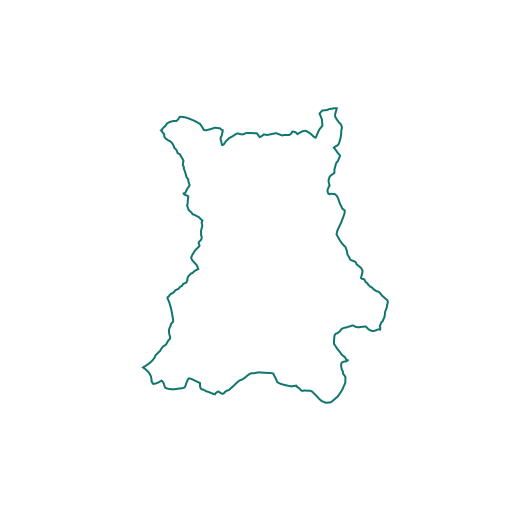 outline of Naro, Thimphu, Bhutan, rotated 132°
{"feature_id": "84629894B37103530921458", "entity_name": "Naro", "entity_type": "district", "adm_level": 2, "iso_a3": "BTN", "parent_name": "Bhutan", "parent_adm1": "Thimphu", "projection": "orthographic", "projection_center": [89.526, 27.679], "detail": "fine", "context": "isolated", "style": "outline", "palette": "teal", "viewbox_px": 512, "rotation_deg": 132, "n_neighbors": 0, "source": "geoboundaries", "source_scale": "gbopen_adm2", "svg_char_len": 6158}
<svg xmlns="http://www.w3.org/2000/svg" viewBox="0 0 512 512"><g transform="rotate(132 256 256)"><path d="M226.2,410.6L226.2,409.3L226.8,407.8L226.8,406.5L227.2,405.4L228.3,404.5L228.9,403.2L229.2,401.7L228.7,398.2L228.2,396.6L228.1,394.7L228.6,392.7L229.5,390.2L230.4,389.0L230.3,387.3L230.6,385.7L231.3,384.2L231.9,383.5L231.9,382.9L231.4,380.6L233.6,373.8L237.3,371.4L238.4,368.8L239.5,368.0L240.3,366.2L241.7,363.7L243.9,360.4L244.4,357.7L245.9,356.0L247.8,352.7L248.5,352.5L252.2,352.0L254.6,351.4L255.6,351.0L256.4,350.9L256.9,351.0L257.9,351.6L258.3,350.4L258.1,349.8L257.7,348.8L257.1,347.2L257.0,346.2L259.9,344.2L263.2,341.6L264.6,341.1L265.4,339.4L266.9,336.8L266.9,335.5L266.9,332.9L267.4,330.9L266.7,329.7L265.9,326.3L265.3,324.2L265.6,321.7L265.5,319.5L267.7,318.7L267.9,318.2L269.1,316.6L270.1,315.7L271.4,315.1L274.6,313.4L275.8,312.0L277.2,310.9L278.1,309.1L280.0,307.8L280.6,307.7L284.0,307.7L285.1,307.0L285.6,305.6L286.6,304.6L287.2,304.7L292.0,305.0L294.2,304.8L298.1,304.0L300.6,303.1L301.4,301.7L301.9,300.1L302.0,298.6L302.3,296.3L302.3,294.6L303.2,292.3L304.4,290.2L305.4,290.7L308.0,291.5L309.6,291.8L310.8,291.7L312.6,292.6L314.9,292.7L316.5,292.7L319.0,291.8L319.7,290.9L321.9,290.1L322.9,290.2L325.5,291.5L327.5,291.0L329.6,291.7L332.8,291.7L333.6,292.3L335.2,292.9L339.1,293.0L341.0,293.9L342.9,294.0L344.5,293.8L345.8,294.1L346.6,293.5L348.5,289.4L349.6,287.7L351.1,285.2L353.3,282.0L356.0,278.5L357.3,277.0L359.0,274.6L361.0,273.5L362.0,273.8L363.9,273.5L364.6,273.0L368.5,271.6L370.2,270.3L371.9,268.5L373.5,265.8L374.4,264.8L375.7,264.5L377.1,264.7L379.9,264.1L381.9,263.6L383.2,263.8L385.0,264.5L387.6,264.4L390.8,263.8L392.9,264.0L397.1,264.2L398.8,263.5L399.7,263.3L403.3,263.1L406.4,263.4L409.1,263.9L412.2,264.7L414.4,265.4L414.1,261.8L414.2,258.6L414.4,257.2L415.8,253.4L417.5,251.3L419.0,249.8L419.2,248.9L419.8,247.6L419.8,246.6L419.1,246.3L417.9,245.2L415.3,243.9L412.0,242.9L411.7,242.0L412.4,239.3L414.1,236.5L414.6,235.3L413.9,233.3L413.3,232.1L410.9,228.7L409.6,227.6L408.3,226.3L406.3,224.8L405.0,223.5L403.4,222.2L401.4,221.1L399.5,221.6L397.5,222.6L393.6,223.9L392.0,224.1L391.4,223.4L390.3,220.9L389.6,218.4L387.9,212.6L389.7,211.0L390.5,210.1L391.3,208.7L391.5,207.7L391.5,207.0L390.7,206.1L390.4,205.2L389.9,202.7L388.3,199.1L388.0,197.7L387.1,196.0L387.0,195.1L386.2,194.0L385.8,194.2L383.8,194.1L381.9,193.4L381.5,190.8L381.1,189.1L380.4,188.3L379.8,188.1L377.1,188.0L376.2,187.8L374.6,186.9L373.3,186.4L366.9,185.7L363.0,185.5L359.8,185.0L356.7,183.5L354.0,182.8L351.1,182.5L347.9,181.8L346.1,180.9L344.6,179.1L341.0,176.5L335.9,170.1L333.1,166.8L331.8,164.5L333.0,161.7L334.7,157.3L335.4,156.3L335.3,154.7L334.5,152.1L333.3,149.6L330.8,145.0L329.1,142.3L326.1,139.9L325.5,139.6L325.4,139.2L325.8,138.5L325.4,134.3L325.7,132.6L325.1,131.1L323.5,130.1L322.5,128.6L320.7,126.6L319.5,124.8L319.2,123.5L319.6,116.3L319.9,113.5L319.8,109.9L318.3,105.8L314.5,102.4L305.4,101.2L297.7,102.4L290.5,104.8L286.2,108.4L285.6,110.3L285.1,112.9L283.7,114.1L283.4,115.1L282.8,116.5L281.8,117.9L280.5,119.4L279.8,120.1L278.2,120.9L276.6,120.6L274.4,119.0L273.8,118.3L272.1,118.1L272.4,119.3L272.4,120.2L272.1,121.2L271.6,122.4L271.8,123.5L272.0,125.2L271.9,126.6L271.6,127.9L271.3,128.9L270.6,133.6L269.1,139.2L266.7,141.4L264.6,143.0L263.5,143.8L261.9,144.7L260.4,144.7L258.9,143.8L257.4,143.6L255.8,143.3L254.8,143.5L252.9,143.5L251.1,142.8L249.6,141.9L248.6,141.0L246.6,140.0L245.7,139.2L243.9,138.4L243.0,137.8L242.7,137.4L242.0,134.6L240.6,132.3L237.4,129.6L235.0,127.3L235.0,125.9L235.2,123.1L235.1,122.5L234.8,121.8L234.4,120.4L233.7,119.0L232.2,117.8L229.2,116.3L227.9,115.3L227.6,114.6L226.3,115.5L225.1,117.2L224.3,117.4L223.3,117.7L221.3,118.5L219.7,118.2L217.1,119.2L215.1,119.8L211.1,122.7L206.8,124.3L205.1,125.5L202.0,127.2L201.0,128.6L201.1,136.0L200.5,139.1L200.6,141.0L201.6,143.3L202.0,145.9L202.0,147.0L201.8,148.6L202.4,150.7L202.2,152.4L202.2,153.6L201.7,155.1L202.0,156.7L201.7,158.0L201.0,159.6L201.0,160.2L201.3,160.9L201.8,161.5L202.1,162.2L202.2,162.9L201.9,163.3L201.1,163.8L198.0,165.4L195.6,167.0L195.0,168.7L194.6,169.9L194.7,173.6L194.9,175.1L194.8,175.9L194.2,176.8L193.9,178.6L194.4,179.8L194.9,181.4L195.4,182.2L195.6,183.3L195.3,184.5L194.5,186.4L193.7,189.1L191.7,191.5L189.4,195.6L189.4,197.3L189.1,200.6L188.4,203.6L186.1,210.6L182.6,212.6L174.6,215.0L168.7,217.2L164.7,218.9L162.8,220.5L163.0,223.7L161.6,226.7L161.2,228.0L160.2,230.0L158.0,234.0L157.2,236.6L157.3,238.9L158.8,240.9L159.9,242.3L160.8,242.5L161.3,243.8L160.5,245.5L159.3,246.9L156.1,248.2L154.4,248.4L152.9,250.9L151.1,252.8L150.0,253.3L148.7,254.0L147.5,254.4L145.1,254.1L143.9,253.7L141.7,253.4L139.4,255.5L135.0,257.8L132.7,258.7L130.3,258.7L129.9,259.0L127.3,259.8L126.3,260.2L125.4,260.5L125.1,261.0L124.6,264.6L124.2,266.1L123.3,270.7L122.2,270.5L119.0,269.4L117.0,269.6L112.5,271.7L109.1,273.8L105.7,276.5L104.1,277.5L103.2,277.8L101.6,280.4L101.3,281.5L101.2,284.0L100.6,286.7L99.6,290.2L98.4,291.6L96.2,292.8L93.5,294.1L92.2,294.9L93.9,296.7L97.9,299.9L99.9,300.8L103.6,304.1L107.6,304.1L110.4,298.4L114.8,293.8L119.4,293.6L123.1,292.5L127.9,290.8L128.3,291.0L128.7,293.1L128.6,295.7L128.7,298.0L129.4,302.0L130.4,303.6L131.5,304.5L134.0,305.6L137.7,306.8L137.5,309.1L138.2,310.9L139.2,312.2L141.7,311.7L143.9,312.3L145.0,313.5L147.2,316.0L148.8,317.1L150.4,321.0L151.2,323.2L157.7,328.0L158.8,329.0L159.7,330.4L160.4,331.5L162.9,331.9L165.2,332.8L164.5,336.3L164.2,337.4L165.1,338.4L166.3,340.0L169.0,343.1L171.1,345.4L172.4,346.3L173.7,346.6L174.7,347.5L175.6,348.6L176.3,349.9L176.7,350.9L177.4,351.8L178.8,352.5L182.6,353.5L186.3,354.8L187.7,354.9L189.9,355.1L191.7,355.1L193.7,354.7L195.1,354.7L196.1,355.3L196.2,355.7L194.0,358.7L193.0,360.4L191.8,361.4L190.7,361.8L189.8,361.9L188.2,362.7L187.4,363.3L186.0,363.9L184.8,364.9L185.2,365.7L185.3,368.4L188.2,372.4L191.7,374.4L196.0,377.2L197.2,379.0L196.2,382.3L195.3,386.1L196.7,392.0L197.9,395.5L198.9,398.2L200.4,401.5L202.1,404.1L203.1,405.2L203.8,405.8L206.3,405.3L208.7,405.4L211.2,407.9L214.2,409.8L216.9,410.8L218.1,410.7L219.5,410.4L220.3,410.4L223.0,410.7L225.5,410.4L226.2,410.6Z" fill="none" stroke="#0f766e" stroke-width="2"/></g></svg>